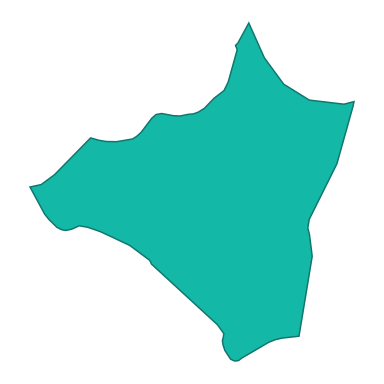 Ben Arous (Tunis Sud), Mercator projection
{"feature_id": "TUN-104", "entity_name": "Ben Arous (Tunis Sud)", "entity_type": "Governorate", "adm_level": 1, "iso_a3": "TUN", "parent_name": "Tunisia", "parent_adm1": "", "projection": "mercator", "projection_center": [10.195, 36.63], "detail": "fine", "context": "isolated", "style": "filled", "palette": "teal", "viewbox_px": 384, "rotation_deg": 0, "n_neighbors": 0, "source": "natural_earth", "source_scale": "10m", "svg_char_len": 877}
<svg xmlns="http://www.w3.org/2000/svg" viewBox="0 0 384 384"><path d="M235.5,45.4L237.8,43.2L248.8,23.0L264.4,57.9L283.7,84.2L309.3,100.1L344.0,104.2L354.0,101.6L353.0,106.4L336.9,163.8L309.3,219.2L307.8,228.0L309.5,234.7L312.2,256.3L299.0,336.2L282.2,338.1L275.5,339.6L268.7,342.3L241.7,358.1L238.6,360.6L234.6,361.0L230.6,359.2L224.9,350.5L223.1,345.2L222.4,340.5L223.3,337.3L223.8,333.6L217.6,324.9L151.5,264.1L149.7,260.3L129.7,245.4L100.5,231.7L87.8,227.3L79.2,225.8L71.7,229.2L65.5,230.5L61.4,229.6L56.9,227.3L49.2,219.8L44.7,214.2L30.0,187.0L41.1,184.6L54.3,174.9L90.6,137.9L99.0,140.3L106.3,141.5L116.4,141.7L132.5,139.0L136.5,136.5L141.0,132.5L151.8,118.2L156.1,114.5L161.7,113.5L173.4,115.7L179.9,116.0L188.4,114.3L193.4,113.9L198.3,112.1L204.4,108.3L214.1,98.2L224.0,90.6L228.2,82.0L237.2,49.7L235.5,45.4Z" fill="#14b8a6" stroke="#0f766e" stroke-width="1.5"/></svg>